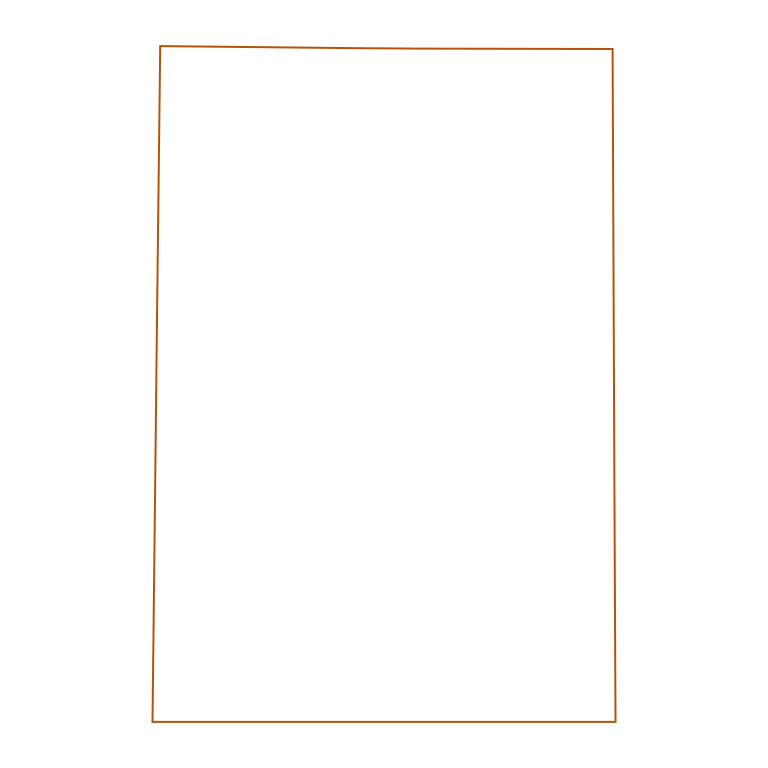 outline of Sarmiento, Chubut, Argentina
{"feature_id": "61730980B44143601291146", "entity_name": "Sarmiento", "entity_type": "district", "adm_level": 2, "iso_a3": "ARG", "parent_name": "Argentina", "parent_adm1": "Chubut", "projection": "mercator", "projection_center": [-68.999, -45.341], "detail": "fine", "context": "isolated", "style": "outline", "palette": "amber", "viewbox_px": 768, "rotation_deg": 0, "n_neighbors": 0, "source": "geoboundaries", "source_scale": "gbopen_adm2", "svg_char_len": 266}
<svg xmlns="http://www.w3.org/2000/svg" viewBox="0 0 768 768"><path d="M160.2,46.1L156.6,353.0L155.3,473.4L152.5,721.9L390.6,721.9L615.5,721.9L614.3,463.5L614.2,435.9L612.6,49.0L417.7,48.6L359.6,48.2L160.2,46.1Z" fill="none" stroke="#b45309" stroke-width="2"/></svg>